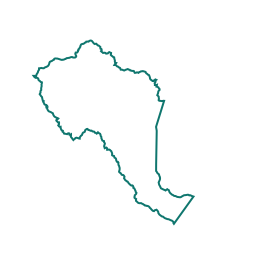 the district of Janaúba, Minas Gerais, Brazil, rotated 140°
{"feature_id": "56859067B43272372605318", "entity_name": "Janaúba", "entity_type": "district", "adm_level": 2, "iso_a3": "BRA", "parent_name": "Brazil", "parent_adm1": "Minas Gerais", "projection": "orthographic", "projection_center": [-43.375, -15.729], "detail": "fine", "context": "isolated", "style": "outline", "palette": "teal", "viewbox_px": 256, "rotation_deg": 140, "n_neighbors": 0, "source": "geoboundaries", "source_scale": "gbopen_adm2", "svg_char_len": 5911}
<svg xmlns="http://www.w3.org/2000/svg" viewBox="0 0 256 256"><g transform="rotate(140 128 128)"><path d="M101.6,219.6L102.7,219.5L103.5,220.3L104.5,221.0L105.4,220.7L106.3,221.1L107.1,221.0L108.0,221.1L109.0,221.8L110.2,222.1L111.5,221.6L112.4,220.8L113.2,220.7L113.8,220.3L114.5,220.1L115.5,220.1L115.9,219.5L116.6,219.5L117.0,218.9L118.3,218.5L119.1,218.9L119.6,219.4L120.6,218.8L121.1,217.8L121.2,216.8L121.8,216.0L122.9,215.9L123.9,216.5L124.8,217.3L125.0,218.0L125.7,218.7L126.8,219.2L127.7,219.4L128.3,219.8L130.3,221.0L131.3,221.0L132.2,221.4L133.4,221.7L134.0,222.2L134.8,222.6L135.3,223.2L136.5,225.1L137.4,226.5L139.1,228.1L140.0,228.4L140.9,227.9L141.8,228.2L143.3,228.3L144.4,228.7L145.4,228.9L146.3,228.5L147.0,227.9L148.1,227.3L149.1,227.0L150.0,227.0L151.6,227.4L152.6,227.8L154.1,227.9L155.0,228.7L155.9,229.8L156.9,230.3L157.8,230.9L158.7,229.8L159.8,229.5L160.6,229.1L161.4,228.5L163.4,227.9L164.9,227.0L165.5,227.5L166.8,228.6L166.9,227.1L166.6,226.1L166.3,225.5L165.5,225.2L165.1,224.4L165.0,223.5L165.6,222.6L165.6,221.5L165.3,220.6L165.3,219.5L164.6,218.3L165.4,217.5L166.3,216.9L167.2,215.6L168.2,214.9L169.3,213.9L170.0,212.9L171.2,212.6L171.8,212.0L172.3,211.3L173.4,211.0L174.0,210.5L173.9,209.6L174.1,208.3L174.0,207.0L174.7,205.7L175.7,203.7L175.3,202.8L176.1,202.6L176.3,201.9L176.4,200.8L176.8,199.9L176.5,199.0L175.8,198.2L175.7,197.2L176.8,197.0L177.3,196.2L176.5,195.6L177.3,195.1L177.7,194.2L177.9,193.3L178.0,192.5L177.9,191.6L176.9,189.8L176.6,188.8L176.1,187.6L176.6,186.5L176.9,185.3L177.0,184.2L176.8,183.4L176.1,181.7L175.6,180.9L175.3,180.1L176.2,180.0L177.2,180.3L178.0,180.0L178.2,179.2L178.0,178.5L178.1,177.4L177.2,176.7L177.6,176.1L178.2,175.6L178.7,175.0L179.7,174.9L179.8,173.7L179.5,172.7L178.8,172.3L179.8,170.9L180.1,169.9L180.3,168.9L179.7,167.8L180.5,167.2L180.2,166.0L180.6,164.9L180.1,164.2L179.4,163.5L178.6,162.4L177.2,162.4L176.5,161.6L177.2,160.5L176.8,159.8L175.8,159.7L176.3,159.1L177.3,158.3L177.5,157.2L177.4,156.3L177.6,155.1L177.6,153.9L176.7,154.0L175.8,153.9L174.7,154.1L173.8,153.8L172.8,152.4L172.4,151.6L171.8,150.9L171.0,151.8L170.2,152.0L169.0,152.3L167.9,152.2L167.1,152.6L166.3,153.1L165.3,153.3L164.3,153.0L163.5,152.9L162.8,153.4L162.0,153.9L160.3,153.8L159.6,153.3L159.7,152.1L158.9,151.1L158.5,150.0L157.6,149.4L157.4,148.2L156.7,147.5L156.2,146.8L156.4,145.7L155.8,144.9L155.6,143.8L154.6,143.8L153.8,144.0L153.8,143.3L153.1,141.5L153.4,140.5L154.0,139.6L154.1,138.4L155.0,137.2L155.3,136.1L155.7,134.9L155.4,134.2L154.8,133.4L155.5,132.4L155.5,131.6L155.8,130.8L157.2,130.0L158.0,129.4L158.8,127.5L157.2,127.0L157.0,126.3L157.3,125.4L158.0,124.8L157.5,124.3L156.8,124.0L156.2,123.5L155.9,122.6L155.9,121.8L155.7,121.0L156.1,119.8L156.4,118.8L157.0,118.2L157.7,117.3L157.3,116.3L156.7,115.6L157.0,114.8L157.4,114.1L157.1,113.3L156.9,112.4L157.2,111.7L157.7,111.0L158.1,109.8L158.1,108.9L157.5,108.5L157.6,107.6L158.2,107.1L159.1,105.6L159.2,104.7L159.7,103.7L160.1,102.7L161.4,101.3L162.1,100.9L163.0,100.2L163.0,99.1L162.7,98.4L162.7,97.3L162.9,96.3L162.3,95.4L161.8,94.9L161.8,93.9L162.0,92.9L163.3,92.1L163.6,89.9L163.3,88.8L163.3,88.0L162.8,87.4L162.8,86.4L163.0,85.3L162.7,82.5L162.4,81.7L161.7,81.4L161.4,80.7L161.6,79.7L162.4,78.7L162.0,77.8L162.2,76.8L162.5,75.8L162.7,74.9L163.2,74.0L163.2,72.9L164.1,72.3L166.1,72.1L166.6,71.5L167.5,71.0L167.9,70.1L167.4,68.4L168.1,67.9L168.7,67.0L168.5,65.9L168.3,64.1L167.8,63.3L167.2,62.7L166.3,62.1L165.9,61.0L165.4,60.1L165.3,59.2L164.8,58.5L164.8,57.6L164.1,57.0L163.7,56.2L163.0,55.6L162.6,54.7L162.4,53.7L162.6,52.9L162.4,52.0L162.4,51.1L162.4,50.2L162.3,49.2L162.1,48.3L161.5,47.6L160.5,47.8L158.7,47.1L158.6,46.2L158.6,45.1L158.8,44.2L159.4,43.4L159.5,42.5L159.6,41.6L159.4,40.6L158.9,38.5L158.2,37.7L157.8,35.6L157.4,34.6L156.9,33.9L156.5,33.0L155.7,32.2L155.1,31.2L154.7,30.1L154.0,29.0L153.7,27.9L153.6,26.7L154.3,26.0L154.4,25.1L121.9,33.4L123.0,35.2L123.2,35.9L123.7,36.7L124.4,37.0L124.6,37.9L125.3,38.6L126.4,39.2L127.5,39.9L128.1,40.4L129.0,40.6L130.5,40.9L131.6,41.0L132.6,41.4L134.6,43.6L135.0,44.6L135.4,45.4L136.1,46.1L136.5,46.9L136.6,47.7L137.2,48.8L137.3,50.0L137.5,50.8L137.4,52.3L137.0,53.3L136.7,54.2L137.1,55.0L137.3,55.9L138.4,56.0L139.4,56.0L139.7,56.8L140.2,57.7L141.5,60.6L141.3,61.6L140.9,62.6L140.8,63.5L140.6,64.4L140.3,65.1L139.9,65.8L139.5,66.6L137.2,67.7L136.3,68.3L135.6,69.1L135.0,70.2L134.7,71.4L134.2,72.3L134.1,73.2L134.4,73.9L134.4,74.9L134.1,76.1L134.1,77.0L129.6,82.3L107.8,107.4L105.8,110.8L104.3,111.8L82.9,125.6L83.4,126.1L84.2,126.5L84.9,127.0L85.5,127.7L86.2,128.4L86.6,128.9L86.6,129.7L85.6,130.4L85.0,131.4L84.3,132.4L84.4,133.4L84.5,134.3L82.5,135.4L81.8,136.1L81.1,136.6L80.3,136.8L79.5,136.8L78.8,137.5L78.9,138.5L78.6,139.5L79.0,140.6L79.6,141.4L78.8,141.9L78.1,142.5L79.0,142.8L79.8,143.6L79.2,144.3L78.8,145.2L77.2,145.7L76.5,146.7L75.4,146.7L75.8,147.6L76.7,147.6L77.5,147.8L78.3,147.6L79.0,148.2L79.2,149.4L79.5,150.5L79.4,151.6L78.7,152.7L77.9,154.9L78.4,155.8L78.5,157.1L78.8,157.9L78.8,158.8L78.5,159.7L79.6,161.4L80.1,162.1L80.8,162.4L81.5,163.0L82.5,163.2L83.4,163.6L84.5,163.5L84.9,164.3L85.4,164.9L86.6,165.3L87.4,166.0L86.9,167.8L87.4,168.5L88.2,169.1L88.7,170.0L89.3,170.5L89.2,171.3L89.8,172.1L90.3,173.3L92.7,174.2L93.8,174.4L94.4,175.1L94.7,176.0L95.4,176.8L96.1,177.4L95.5,179.0L95.7,179.7L96.1,180.3L96.2,181.4L96.8,182.4L96.8,183.5L97.0,184.3L97.9,185.0L97.2,185.3L96.1,185.2L95.2,185.4L95.8,186.4L95.3,187.5L94.6,188.2L94.3,189.0L94.0,189.7L93.6,190.3L93.2,191.0L93.7,191.5L93.7,192.3L94.2,194.4L94.2,195.1L93.4,195.7L92.7,196.4L93.2,197.3L93.6,198.2L94.6,198.3L95.3,198.1L96.2,198.5L97.0,199.1L97.0,200.0L97.5,200.7L98.1,201.0L98.9,201.6L98.9,202.4L99.2,203.3L99.3,204.2L98.1,204.5L97.6,205.6L98.1,206.4L97.7,207.2L97.1,207.9L97.3,209.1L97.5,210.1L98.1,210.8L98.1,211.9L98.1,212.9L98.8,213.4L99.5,213.7L99.8,214.7L99.7,217.8L100.2,218.9L101.6,219.6Z" fill="none" stroke="#0f766e" stroke-width="2"/></g></svg>